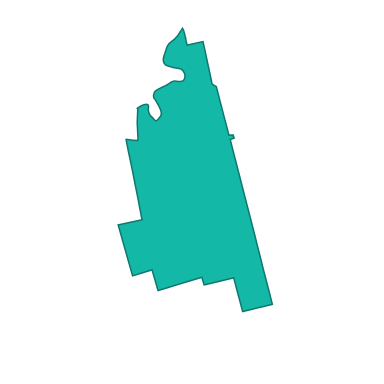 outline of Cazanesti, Ialomita, Romania, rotated 144°
{"feature_id": "2599482B82912190403308", "entity_name": "Cazanesti", "entity_type": "district", "adm_level": 2, "iso_a3": "ROU", "parent_name": "Romania", "parent_adm1": "Ialomita", "projection": "mercator", "projection_center": [27.017, 44.648], "detail": "fine", "context": "isolated", "style": "filled", "palette": "teal", "viewbox_px": 384, "rotation_deg": 144, "n_neighbors": 0, "source": "geoboundaries", "source_scale": "gbopen_adm2", "svg_char_len": 3430}
<svg xmlns="http://www.w3.org/2000/svg" viewBox="0 0 384 384"><g transform="rotate(144 192 192)"><path d="M221.3,65.5L219.5,64.7L218.5,64.4L216.3,63.4L213.8,62.4L211.5,61.4L209.0,60.5L208.3,60.2L207.3,59.8L205.8,59.2L203.4,58.1L202.6,57.8L200.6,57.0L199.2,56.4L198.1,55.9L196.9,55.5L195.4,54.8L193.5,54.0L193.0,53.9L191.9,56.7L187.7,67.2L183.5,77.9L179.4,88.4L175.1,98.9L171.0,109.3L166.8,119.6L162.7,130.0L158.6,140.3L154.6,150.5L146.4,171.2L139.4,188.9L134.8,200.6L130.2,212.0L126.3,210.8L125.6,212.6L125.9,212.7L125.2,214.0L125.3,214.1L126.0,214.5L126.9,215.1L127.7,215.6L128.8,216.3L128.4,217.0L128.1,217.8L127.9,218.2L127.4,219.6L127.2,220.1L127.0,220.7L126.8,221.3L126.5,221.8L126.3,222.4L126.1,222.9L125.9,223.5L125.6,224.2L125.2,225.2L125.0,225.9L124.7,226.5L124.4,227.1L124.2,227.6L123.7,229.2L120.3,237.8L117.9,243.9L114.5,252.6L110.4,262.9L112.3,267.5L107.6,277.9L103.8,286.6L98.1,299.4L94.7,307.2L102.2,310.5L109.6,313.7L108.1,317.4L107.6,318.7L107.4,319.2L107.3,319.3L107.2,319.5L106.9,319.6L106.8,320.0L106.7,320.1L106.3,321.2L106.1,321.8L105.8,322.7L105.5,323.3L105.2,323.9L105.0,324.3L104.4,326.2L104.0,327.0L103.9,327.5L103.7,328.3L103.6,328.8L103.6,329.2L103.5,330.0L105.6,329.2L107.1,328.7L109.5,327.7L109.8,327.6L111.2,327.0L112.3,326.7L114.1,326.4L115.6,326.0L116.5,325.9L117.3,325.9L118.7,325.9L120.7,325.8L121.8,325.7L123.3,325.5L124.2,325.3L125.9,324.6L127.0,324.0L128.6,323.0L129.6,322.1L131.3,321.0L132.2,320.2L133.4,319.5L135.3,318.1L136.6,316.9L137.8,315.5L138.1,314.7L138.6,313.8L138.8,313.0L138.8,312.0L138.8,310.9L138.6,310.1L137.9,308.9L137.2,307.8L136.4,306.8L135.4,305.5L134.9,304.9L134.2,303.9L133.5,303.1L132.8,302.4L132.2,301.9L129.9,299.5L128.6,297.9L128.3,296.7L128.1,295.1L128.2,293.4L128.3,292.7L128.5,292.1L128.8,291.4L129.0,290.9L129.1,290.5L129.3,290.2L129.5,290.0L129.7,289.7L130.1,289.3L130.2,289.1L130.4,288.9L131.4,288.1L132.2,287.7L133.3,287.3L133.9,287.3L134.5,287.4L135.0,287.5L135.4,287.7L136.0,288.0L136.7,288.4L138.6,289.9L139.4,290.7L139.8,291.1L141.0,292.1L141.6,292.4L143.2,292.9L144.0,293.1L145.2,293.2L146.8,293.2L149.1,293.4L151.7,293.7L154.1,294.3L156.4,294.6L158.6,295.0L161.4,295.2L162.5,295.2L163.6,294.8L164.3,294.4L164.8,294.0L165.4,293.6L166.3,292.8L167.1,291.6L167.5,290.7L167.6,289.8L167.5,289.2L167.5,288.3L167.6,287.0L167.7,286.3L167.8,285.6L167.9,284.4L168.0,283.1L168.2,281.6L168.4,280.3L168.7,279.0L169.3,276.3L169.8,275.2L170.1,274.5L170.5,273.8L170.9,273.3L171.3,272.9L171.9,272.4L172.3,272.2L173.2,271.7L174.7,271.3L175.5,271.1L176.3,270.8L177.4,270.6L178.2,270.6L178.8,270.6L179.3,270.8L179.6,271.1L179.8,271.5L180.0,272.7L180.1,274.0L180.2,275.2L180.4,276.2L180.6,277.4L180.7,278.5L180.6,279.8L180.4,281.3L179.6,283.1L178.6,284.8L177.8,285.7L177.1,286.5L176.8,287.0L176.4,287.8L176.4,288.2L176.4,288.6L176.7,289.1L177.1,289.6L178.1,290.2L179.1,290.6L180.9,291.3L182.7,291.6L183.8,291.8L185.0,291.8L186.1,291.9L187.1,291.8L186.9,291.3L195.6,280.3L199.3,274.6L203.0,269.0L204.0,267.4L205.1,265.9L205.5,265.6L207.4,267.0L208.6,267.9L214.3,273.3L214.5,273.2L216.8,268.2L219.2,263.2L219.7,262.0L220.4,260.5L221.3,258.4L227.5,244.6L233.4,231.9L235.6,227.1L237.4,223.2L240.0,217.5L243.6,210.0L248.7,199.0L248.7,198.9L271.1,208.8L271.2,208.4L283.6,174.8L289.3,159.1L270.1,152.5L277.4,132.2L265.6,128.1L261.3,126.7L234.2,117.2L236.8,109.7L231.9,107.6L217.1,101.5L208.7,98.0L213.8,85.0L221.3,65.5Z" fill="#14b8a6" stroke="#0f766e" stroke-width="1.5"/></g></svg>